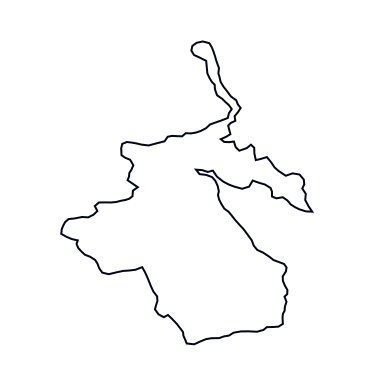 Irupi, Espírito Santo, Brazil, rotated 100°
{"feature_id": "56859067B48527035331511", "entity_name": "Irupi", "entity_type": "district", "adm_level": 2, "iso_a3": "BRA", "parent_name": "Brazil", "parent_adm1": "Espírito Santo", "projection": "equal_earth", "projection_center": [-41.665, -20.336], "detail": "fine", "context": "isolated", "style": "outline", "palette": "ink", "viewbox_px": 384, "rotation_deg": 100, "n_neighbors": 0, "source": "geoboundaries", "source_scale": "gbopen_adm2", "svg_char_len": 2919}
<svg xmlns="http://www.w3.org/2000/svg" viewBox="0 0 384 384"><g transform="rotate(100 192 192)"><path d="M174.1,79.6L169.4,84.0L164.9,82.8L160.3,84.1L156.1,89.2L156.2,96.2L159.7,102.5L156.3,110.3L153.4,115.0L149.1,119.1L144.6,124.3L147.5,130.0L149.5,134.7L143.1,137.3L137.6,138.4L135.2,142.2L139.3,145.7L143.1,152.6L140.2,156.8L135.0,159.5L136.5,164.4L137.1,169.0L135.0,172.8L131.8,168.1L128.4,164.2L124.1,166.2L120.4,167.9L117.3,165.9L114.4,161.7L110.0,163.2L105.2,160.5L100.8,158.7L97.7,162.1L94.0,164.4L91.1,170.3L86.2,175.5L82.7,179.4L78.5,183.0L73.7,185.0L70.6,186.6L65.2,187.0L61.5,189.2L58.2,191.0L53.7,193.2L49.3,195.6L45.7,197.9L42.4,200.8L41.9,207.6L44.3,213.4L48.1,217.0L52.9,217.2L56.7,213.8L58.4,207.4L60.4,200.8L65.2,199.5L72.7,197.4L76.9,194.4L80.1,191.6L82.4,188.3L86.9,187.2L92.4,184.1L95.0,178.4L97.9,174.2L100.0,170.8L103.4,167.3L108.0,169.3L112.9,169.6L116.6,175.7L119.3,180.6L122.4,186.0L126.7,189.2L130.3,193.9L132.6,198.0L134.4,202.9L135.2,208.4L138.9,211.4L139.6,216.4L140.2,221.4L141.8,225.5L146.8,227.8L150.3,235.5L153.7,242.8L154.1,249.9L153.8,255.1L153.8,260.2L154.1,264.9L156.8,269.1L161.3,269.3L168.0,267.8L169.9,263.6L171.0,258.5L175.9,254.4L180.8,255.6L184.1,257.0L187.8,256.7L191.6,257.5L194.0,252.1L196.7,246.2L200.9,250.4L206.5,249.9L209.5,252.6L211.5,256.4L213.0,260.5L215.0,264.9L216.3,269.6L217.4,276.2L218.5,281.8L222.7,285.3L227.2,281.9L231.4,285.0L235.0,289.8L235.7,295.9L238.5,303.2L240.1,308.9L243.8,311.8L247.6,313.0L251.1,313.8L255.9,313.5L257.9,307.9L259.2,302.2L259.5,296.1L263.2,296.7L266.8,294.4L270.2,290.0L272.4,286.5L273.4,281.2L275.8,275.5L278.9,272.7L283.3,270.1L287.0,266.3L287.4,259.7L284.3,252.6L281.7,246.2L280.4,240.8L278.4,234.2L274.7,228.0L278.7,224.7L283.0,221.7L287.2,219.0L292.1,216.0L296.9,212.6L300.9,208.2L305.5,207.1L309.2,207.7L314.0,208.1L318.3,203.7L320.2,198.0L317.3,194.3L320.2,189.9L324.7,183.8L328.5,179.7L331.5,176.5L335.0,175.5L338.1,173.4L342.1,170.9L341.6,163.4L337.7,157.8L334.5,152.7L332.6,147.4L331.2,140.0L328.5,135.1L327.0,130.7L323.3,126.6L320.8,119.6L319.4,112.1L318.3,103.6L315.4,97.6L312.1,94.9L310.9,88.9L309.6,83.5L306.1,79.6L300.2,81.0L296.2,81.3L292.9,80.2L288.9,80.6L283.7,79.9L279.0,82.7L276.0,80.5L272.0,81.0L267.6,84.6L263.8,87.0L259.4,88.0L253.9,85.7L249.9,85.8L246.9,88.9L245.8,94.6L244.9,99.8L242.4,104.5L239.4,111.3L237.7,117.7L234.2,121.8L229.2,124.8L223.8,130.4L219.7,134.7L216.1,139.5L211.6,145.2L208.0,149.1L205.0,152.7L202.8,157.3L198.8,160.9L194.7,164.0L190.4,165.9L186.7,165.7L181.9,167.6L177.0,170.9L173.9,174.7L172.7,180.9L173.1,187.7L169.3,191.9L168.7,185.8L169.5,179.9L167.3,175.2L172.6,170.0L176.4,162.9L178.4,156.6L179.4,150.8L180.1,143.1L176.8,136.7L170.2,134.2L171.2,128.2L172.0,121.3L174.4,115.3L177.7,113.3L182.5,112.5L183.6,107.9L181.4,101.7L183.8,96.5L187.1,92.6L189.1,87.7L190.4,83.3L191.3,76.4L190.5,70.2L186.1,74.5L180.3,79.1L174.1,79.6Z" fill="none" stroke="#020617" stroke-width="2"/></g></svg>